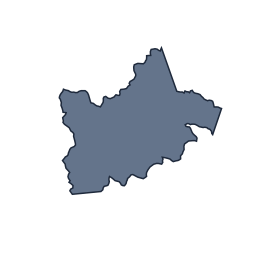 the district of Itapiúna, Ceará, Brazil, rotated 122°
{"feature_id": "56859067B46365761499950", "entity_name": "Itapiúna", "entity_type": "district", "adm_level": 2, "iso_a3": "BRA", "parent_name": "Brazil", "parent_adm1": "Ceará", "projection": "robinson", "projection_center": [-38.958, -4.601], "detail": "fine", "context": "isolated", "style": "filled", "palette": "slate", "viewbox_px": 256, "rotation_deg": 122, "n_neighbors": 0, "source": "geoboundaries", "source_scale": "gbopen_adm2", "svg_char_len": 3095}
<svg xmlns="http://www.w3.org/2000/svg" viewBox="0 0 256 256"><g transform="rotate(122 128 128)"><path d="M88.7,52.7L61.9,59.0L62.3,60.6L62.5,62.7L63.2,64.0L64.5,66.1L63.1,67.5L61.7,68.9L60.5,70.4L60.6,72.0L61.4,73.9L62.7,75.0L63.0,77.1L63.1,79.0L62.5,80.5L62.2,82.5L61.5,84.6L61.9,86.9L62.6,88.7L63.1,90.4L62.8,91.9L62.0,93.5L63.5,94.7L65.4,94.5L65.4,96.1L66.2,97.5L66.4,99.3L68.6,99.0L68.7,101.0L69.7,102.5L70.4,104.2L71.0,106.1L42.3,142.1L43.8,141.9L45.5,141.4L45.9,143.0L45.7,145.1L46.5,147.1L47.6,148.3L49.1,150.0L51.4,149.5L53.1,148.4L54.4,147.2L55.5,148.8L56.8,150.5L58.4,149.5L60.2,148.6L61.8,148.7L63.4,148.4L65.4,149.0L66.9,151.8L68.0,153.9L69.4,155.0L71.1,156.2L73.2,155.5L74.5,154.6L76.2,153.3L77.3,151.6L78.2,150.1L79.7,149.1L81.2,149.0L83.3,148.8L85.5,149.8L87.5,150.9L89.5,150.7L90.4,149.1L92.4,150.0L95.3,150.2L97.1,151.9L99.1,154.5L101.5,154.4L103.2,152.9L104.8,152.5L105.6,153.7L106.2,155.8L107.6,156.1L108.9,156.2L110.5,157.2L112.5,158.6L113.3,160.7L113.0,163.6L114.4,164.8L115.9,164.7L117.7,163.5L119.4,162.7L124.7,162.6L125.2,164.6L125.8,166.2L125.8,168.0L125.5,170.4L126.3,172.8L125.3,174.1L120.8,179.1L119.6,181.0L119.2,182.5L119.1,184.2L121.2,187.5L122.8,188.9L124.7,189.7L125.8,191.3L126.3,193.0L127.5,194.6L127.9,196.3L127.9,198.4L128.9,201.1L129.3,203.3L131.6,202.7L133.6,203.0L135.5,203.1L137.4,202.8L138.9,202.2L139.5,200.6L140.6,199.4L141.5,198.2L142.8,197.5L144.3,196.8L146.0,194.5L147.7,192.6L149.1,191.4L147.8,188.6L149.6,188.1L153.8,188.9L155.0,187.8L156.3,186.5L157.7,186.1L158.5,183.9L158.9,178.0L160.8,174.9L161.0,172.3L161.8,170.7L163.8,169.8L165.4,168.1L167.2,166.2L168.9,164.5L170.3,163.5L172.2,163.8L175.1,165.8L176.9,166.0L178.9,165.6L180.8,165.3L182.5,164.6L184.2,164.9L185.7,165.8L187.4,165.9L190.3,166.3L190.9,164.8L191.9,162.2L193.6,160.7L195.0,159.2L195.9,155.9L196.6,153.9L198.8,153.9L201.1,153.1L202.3,151.7L203.4,149.2L205.3,149.3L205.4,146.9L205.9,144.2L208.1,143.0L210.2,144.2L212.1,144.0L212.9,142.0L213.7,140.1L196.2,117.3L193.7,116.6L192.0,117.3L190.1,117.3L188.6,115.8L187.3,114.7L185.2,114.9L183.3,115.5L182.0,116.8L180.4,117.6L178.9,118.0L178.8,115.9L179.1,113.3L179.5,111.1L178.2,106.9L178.9,105.0L179.8,103.5L179.6,101.9L178.9,100.5L177.4,100.2L175.7,100.3L174.2,100.9L172.4,101.1L171.0,101.6L168.5,100.8L166.1,100.6L164.9,99.2L164.5,93.6L162.9,88.2L160.8,87.2L159.2,86.6L157.9,87.7L156.1,88.6L154.3,88.8L152.8,88.9L151.0,88.8L149.5,88.7L147.6,88.0L145.1,87.0L142.9,85.0L141.9,83.3L140.8,80.3L138.7,80.3L137.6,81.4L135.9,81.8L134.6,83.4L133.5,80.7L132.6,77.9L132.1,76.0L132.5,73.6L132.5,71.8L130.5,70.0L129.1,68.4L127.8,67.6L126.3,67.0L125.0,67.9L123.7,68.7L121.1,68.2L119.0,68.8L116.6,69.0L115.3,69.9L113.9,70.9L111.5,71.6L108.9,70.5L107.0,69.8L106.0,68.5L104.2,66.1L103.3,64.6L102.9,62.9L100.0,64.1L99.2,65.6L98.8,68.1L98.4,69.9L97.7,71.4L96.4,73.2L95.1,75.0L94.6,76.5L95.4,78.1L95.9,79.7L95.0,81.2L92.9,80.2L92.1,78.7L92.1,77.0L91.0,76.0L90.2,74.8L89.3,73.0L89.1,70.6L89.1,68.2L88.4,66.3L87.8,64.6L86.6,63.2L85.9,61.2L86.2,59.6L85.7,57.9L86.6,55.4L88.2,54.1L88.7,52.7Z" fill="#64748b" stroke="#1e293b" stroke-width="1.5"/></g></svg>